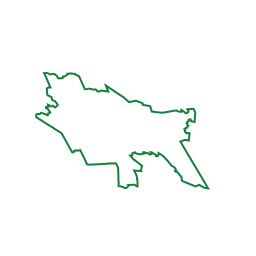 Tilžas pag., Balvu, Latvia, rotated 35°
{"feature_id": "27541924B42747545330517", "entity_name": "Tilžas pag.", "entity_type": "district", "adm_level": 2, "iso_a3": "LVA", "parent_name": "Latvia", "parent_adm1": "Balvu", "projection": "equal_earth", "projection_center": [27.384, 56.906], "detail": "fine", "context": "isolated", "style": "outline", "palette": "green", "viewbox_px": 256, "rotation_deg": 35, "n_neighbors": 0, "source": "geoboundaries", "source_scale": "gbopen_adm2", "svg_char_len": 5231}
<svg xmlns="http://www.w3.org/2000/svg" viewBox="0 0 256 256"><g transform="rotate(35 128 128)"><path d="M153.6,181.0L154.9,180.3L155.6,179.8L160.0,178.8L160.4,178.6L161.1,178.0L161.7,174.4L161.4,174.3L161.2,174.3L161.3,174.2L162.0,173.7L165.9,170.7L168.9,170.7L169.3,170.3L169.2,170.1L169.1,169.9L168.3,169.0L167.6,168.0L166.3,166.2L165.0,164.8L164.9,164.8L164.9,164.7L164.6,164.4L164.0,163.8L163.6,163.3L162.4,162.1L158.0,159.6L157.9,159.5L157.5,159.3L159.6,158.1L163.2,155.8L162.9,155.7L162.8,155.4L162.8,154.9L162.4,154.1L162.3,153.8L161.1,150.9L150.3,150.5L146.7,149.6L145.6,149.3L146.6,148.5L147.0,148.0L147.1,147.9L146.1,146.2L146.2,145.7L146.7,145.2L147.7,144.0L148.1,144.4L148.4,144.4L151.9,143.2L153.6,142.1L155.6,139.9L154.4,139.2L155.5,138.3L155.8,138.3L156.2,138.5L156.9,138.3L157.6,138.1L157.8,137.6L158.8,137.4L159.2,137.0L159.3,136.9L159.5,136.9L159.8,136.9L161.0,137.3L161.3,136.9L161.2,136.9L161.1,136.7L161.8,136.2L162.0,136.0L161.7,135.6L161.1,134.8L160.8,134.7L161.6,134.3L163.0,134.2L163.8,134.2L164.0,134.4L165.4,134.0L165.9,134.0L166.9,134.9L167.6,134.7L167.1,134.0L168.6,133.5L168.6,133.4L168.5,133.1L167.4,131.0L167.7,131.0L168.0,131.1L168.8,130.9L172.5,130.8L172.9,130.9L173.2,130.9L173.5,131.0L174.8,131.2L175.7,131.5L176.2,131.6L176.7,131.6L177.7,131.8L178.2,131.9L178.9,132.0L180.0,132.3L181.3,132.8L182.2,133.0L182.5,133.1L182.9,133.1L183.3,133.2L183.5,133.2L183.8,133.4L184.3,133.6L184.8,133.8L185.0,133.9L185.3,133.9L186.1,133.8L186.6,133.8L187.3,133.6L189.0,133.7L191.6,134.8L191.6,135.0L191.4,135.3L191.4,135.5L191.4,135.8L191.2,136.1L191.5,136.2L191.8,136.2L192.1,136.2L192.3,136.2L192.4,136.3L192.5,136.2L193.6,135.8L200.4,137.7L201.0,139.0L201.5,139.3L201.7,139.5L202.5,140.3L204.1,140.0L214.3,137.7L215.6,137.4L216.6,137.2L217.0,136.9L218.5,134.4L218.9,133.7L220.5,133.6L224.8,133.2L225.7,132.7L228.2,131.5L223.5,129.3L194.6,116.3L178.7,109.1L179.3,108.3L181.5,105.0L185.0,103.4L184.9,103.3L183.7,101.2L183.4,100.5L182.4,98.7L181.5,96.9L181.2,96.9L180.2,97.5L179.6,98.6L178.6,98.5L178.2,98.6L177.8,98.7L177.7,98.7L176.7,98.3L176.5,98.1L176.7,97.5L176.6,97.4L175.7,97.1L175.1,97.0L174.8,96.7L175.1,95.7L175.3,94.9L176.1,94.3L176.1,93.7L176.2,93.4L175.8,92.7L176.1,91.6L175.0,91.5L174.3,90.9L173.9,89.8L173.6,89.4L173.2,89.7L173.1,88.7L173.7,87.7L173.4,87.2L172.9,86.5L173.8,85.5L174.4,85.0L175.8,86.2L179.1,84.9L176.9,81.2L175.7,79.3L174.3,76.8L170.8,74.7L165.9,78.6L168.2,79.9L167.9,81.7L166.7,82.9L165.0,82.5L161.4,82.6L162.4,84.1L161.5,84.7L160.2,85.5L157.3,86.0L151.8,91.5L149.4,93.8L148.4,94.8L147.4,95.8L141.1,99.3L138.0,100.9L133.7,97.4L132.7,97.8L132.1,98.1L126.7,100.6L125.8,99.4L124.7,99.6L122.4,100.2L118.8,101.1L116.3,103.8L115.6,104.5L115.1,105.0L113.9,106.2L110.5,105.8L107.7,105.5L107.1,105.4L102.7,105.5L100.1,105.6L96.4,105.7L94.4,105.7L90.8,105.8L85.6,105.9L87.4,107.2L89.9,108.8L90.9,109.5L84.5,112.7L83.7,114.5L82.0,115.5L79.7,114.9L79.3,114.9L78.2,116.1L78.0,116.3L76.2,116.9L73.3,118.2L72.8,118.7L71.9,119.9L70.4,121.0L69.3,120.3L67.3,119.0L67.1,119.0L65.2,117.9L64.4,117.4L63.8,117.0L61.9,115.9L58.2,113.7L54.2,114.4L54.4,114.1L53.3,114.2L50.7,115.7L49.0,116.7L48.6,117.7L47.4,118.2L47.7,118.6L46.6,122.0L45.3,123.0L45.8,123.4L45.7,124.5L45.6,125.0L43.2,126.7L42.7,127.2L41.7,127.3L40.3,126.2L37.2,125.9L36.9,126.2L36.6,126.4L35.7,126.6L35.2,126.9L33.7,128.7L32.3,128.9L30.6,129.3L29.6,129.8L28.6,130.6L27.8,131.2L30.6,132.7L41.2,139.3L39.7,140.3L39.7,140.6L38.8,142.0L39.6,143.0L39.8,143.3L40.4,144.5L41.7,145.5L42.1,146.2L42.3,146.7L43.1,147.1L43.3,147.2L43.7,147.2L47.5,146.6L48.0,146.8L48.4,147.1L49.2,148.2L49.4,148.4L49.5,148.4L50.1,148.4L50.7,148.4L51.1,148.3L51.6,148.2L52.5,147.9L52.8,147.9L55.5,148.7L56.5,149.1L57.0,149.2L57.2,149.4L57.3,149.6L56.7,152.6L56.5,152.9L56.4,152.9L56.1,153.1L55.9,153.1L55.7,153.1L54.0,152.9L53.7,152.8L53.3,153.1L53.2,153.4L52.8,154.1L52.7,154.3L52.4,154.6L52.2,154.7L52.0,154.8L51.8,154.8L50.7,154.6L49.9,154.5L49.4,154.9L49.3,155.0L49.2,155.0L49.3,155.1L49.4,155.3L49.4,155.5L50.1,156.2L50.3,156.4L50.4,156.5L50.3,156.8L50.2,156.9L48.8,158.1L48.9,158.3L49.1,158.4L49.4,158.6L49.7,158.6L50.1,158.5L50.6,158.5L52.0,158.6L55.3,159.9L55.5,160.0L55.4,160.5L54.2,162.0L54.2,162.4L55.0,163.5L54.9,163.7L54.7,163.9L54.3,164.0L52.7,164.0L48.4,165.3L48.1,165.4L47.9,166.9L47.7,167.1L47.0,167.6L46.9,167.7L45.7,168.4L45.1,169.7L45.1,169.8L45.6,170.3L46.8,171.5L46.8,171.8L52.2,171.5L61.2,171.1L62.5,171.1L65.5,170.8L66.1,170.8L66.7,170.6L67.4,170.9L67.5,170.8L70.4,170.7L74.6,170.4L76.6,170.4L77.3,170.7L78.3,171.2L88.5,176.2L89.7,176.8L95.7,179.7L96.4,179.9L96.6,179.7L97.3,179.2L97.3,178.6L97.2,178.1L97.0,177.7L97.3,176.9L97.6,176.6L98.3,176.5L98.5,176.4L98.7,176.1L98.7,175.9L98.8,175.8L98.9,175.7L99.1,175.6L99.7,175.4L99.9,175.2L100.1,175.1L100.4,174.8L100.8,174.5L101.0,174.3L101.4,173.5L101.7,173.5L106.2,176.1L106.8,176.4L106.9,176.5L109.2,177.7L113.2,180.0L114.9,180.9L115.0,181.0L115.5,181.3L116.1,180.9L116.8,180.5L118.0,179.8L118.8,179.1L119.5,178.6L121.0,177.4L123.6,175.4L125.8,173.6L129.8,170.5L130.3,170.1L134.1,166.9L134.7,166.8L137.2,164.7L138.4,163.9L141.2,165.4L143.0,166.5L143.5,167.3L145.5,170.0L147.6,172.7L149.3,175.1L150.1,176.3L151.4,177.7L153.6,181.0Z" fill="none" stroke="#15803d" stroke-width="2"/></g></svg>